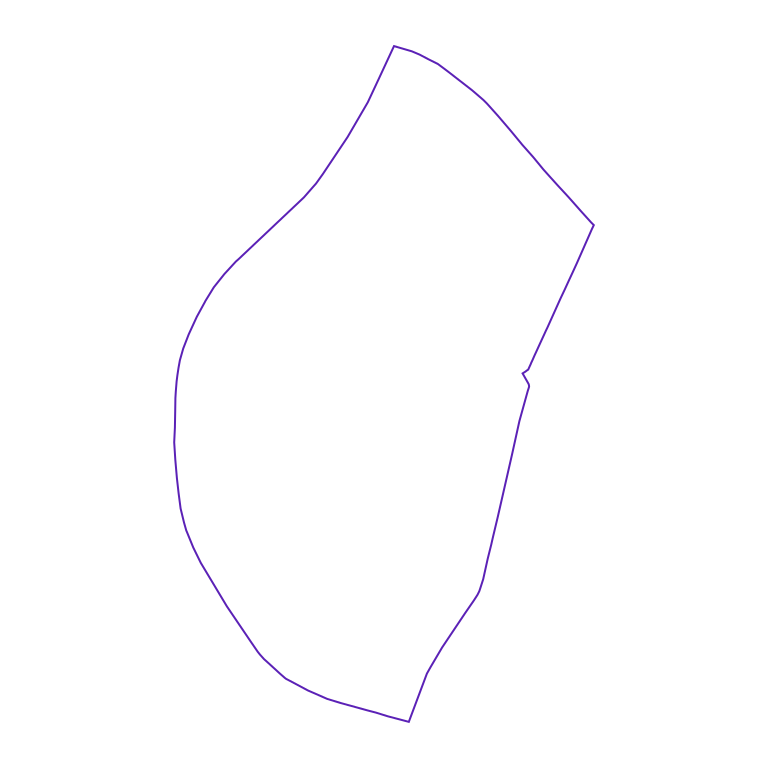 Phra Nakhon, Bangkok Metropolis, Thailand (Albers equal-area conic projection)
{"feature_id": "78962969B48360013024769", "entity_name": "Phra Nakhon", "entity_type": "district", "adm_level": 2, "iso_a3": "THA", "parent_name": "Thailand", "parent_adm1": "Bangkok Metropolis", "projection": "albers", "projection_center": [100.499, 13.756], "detail": "fine", "context": "isolated", "style": "outline", "palette": "violet", "viewbox_px": 768, "rotation_deg": 0, "n_neighbors": 0, "source": "geoboundaries", "source_scale": "gbopen_adm2", "svg_char_len": 1581}
<svg xmlns="http://www.w3.org/2000/svg" viewBox="0 0 768 768"><path d="M238.4,259.3L235.9,261.5L224.4,274.0L213.8,287.3L205.2,301.3L205.1,301.6L196.8,316.8L188.7,334.4L183.2,348.6L179.9,360.2L178.5,367.9L177.4,375.2L176.6,381.5L175.8,391.5L175.4,398.1L175.2,411.3L174.9,427.7L174.2,442.4L175.3,459.7L176.9,478.1L178.6,493.2L180.6,508.5L184.0,522.5L186.3,530.6L186.8,531.7L193.3,547.6L200.8,562.9L216.7,589.4L226.9,606.4L250.6,641.4L257.2,651.0L257.6,651.6L259.9,654.5L264.0,659.1L266.8,661.6L279.7,673.4L284.7,677.8L286.0,678.8L308.0,690.5L327.2,698.9L340.6,703.0L367.1,710.3L375.9,712.6L387.8,716.3L404.5,720.7L408.8,721.9L426.9,673.6L430.5,667.2L442.1,647.5L465.2,613.0L473.9,600.4L477.5,594.8L479.3,591.2L480.4,587.9L483.2,579.2L487.7,558.8L491.3,544.4L491.9,541.7L493.0,536.9L497.8,516.8L512.1,454.2L519.4,421.1L527.8,390.8L528.5,388.7L529.1,386.7L529.0,385.5L528.7,384.2L528.0,382.9L522.6,373.4L525.3,371.7L527.0,370.4L528.2,369.6L530.9,363.7L531.0,363.3L532.5,360.1L533.9,356.9L534.6,355.3L536.0,352.3L539.2,345.3L544.4,334.0L545.8,330.9L547.4,327.6L560.5,298.5L564.8,289.4L568.7,280.9L572.6,272.5L576.0,265.1L577.0,262.9L583.8,247.5L585.5,243.6L587.5,239.1L591.8,229.3L593.8,225.1L591.1,222.4L580.9,211.1L568.6,197.2L557.8,185.5L550.3,177.2L543.4,169.5L533.2,157.1L522.3,144.8L511.0,131.1L498.1,116.0L486.9,103.5L483.4,100.0L472.0,90.2L459.0,80.1L447.8,71.4L437.9,64.0L428.1,59.1L419.6,54.6L411.8,51.3L402.9,48.7L394.0,46.1L379.5,77.3L367.8,102.3L347.6,137.0L322.8,174.1L316.0,183.6L312.9,187.1L303.9,197.4L238.4,259.3Z" fill="none" stroke="#5b21b6" stroke-width="2"/></svg>